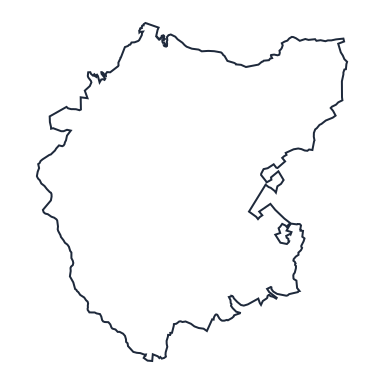 outline of Sanpaul, Cluj, Romania
{"feature_id": "2599482B48452266583717", "entity_name": "Sanpaul", "entity_type": "district", "adm_level": 2, "iso_a3": "ROU", "parent_name": "Romania", "parent_adm1": "Cluj", "projection": "mercator", "projection_center": [23.418, 46.899], "detail": "fine", "context": "isolated", "style": "outline", "palette": "slate", "viewbox_px": 384, "rotation_deg": 0, "n_neighbors": 0, "source": "geoboundaries", "source_scale": "gbopen_adm2", "svg_char_len": 5841}
<svg xmlns="http://www.w3.org/2000/svg" viewBox="0 0 384 384"><path d="M240.0,312.8L236.2,311.7L232.7,308.2L231.0,305.8L231.5,304.2L230.7,303.0L230.5,300.2L228.9,297.0L231.4,296.3L231.4,295.8L232.3,296.0L233.1,296.7L233.9,298.4L237.2,301.9L241.0,305.0L243.8,305.6L247.8,304.4L258.3,298.6L259.8,303.0L261.0,304.9L262.8,301.0L266.7,298.4L267.3,297.7L267.5,296.1L268.6,295.0L269.3,294.9L270.4,296.1L273.4,296.9L276.2,298.6L276.7,297.8L269.3,292.2L267.1,288.9L270.9,287.0L271.4,287.3L271.5,289.2L273.3,291.6L277.1,293.9L286.3,295.7L287.6,295.4L289.2,294.1L297.9,292.1L298.4,291.2L299.5,291.0L297.1,288.0L296.4,280.6L293.9,279.1L293.5,278.5L293.3,275.6L293.6,274.3L294.8,272.6L295.9,268.3L296.0,266.1L295.1,265.0L295.1,264.0L295.6,263.4L294.7,261.7L293.4,260.7L293.7,259.1L295.8,256.6L298.5,254.8L298.4,252.6L300.9,250.3L301.8,248.6L302.1,247.8L301.3,246.8L301.3,245.8L303.6,241.3L304.5,238.4L302.3,236.7L303.0,230.9L300.6,230.7L300.8,229.7L300.2,229.5L301.0,225.4L299.8,224.1L297.4,224.0L297.0,224.4L291.0,223.6L289.2,225.9L286.6,230.6L291.5,232.1L290.6,234.4L290.2,233.9L286.2,235.9L286.7,237.7L288.3,238.8L288.5,241.0L289.2,241.2L288.9,242.0L286.9,244.0L280.4,242.7L275.3,234.7L280.2,233.0L278.6,228.2L280.3,226.6L282.2,223.9L285.6,225.6L286.7,226.9L288.6,224.6L290.5,223.3L284.4,218.6L275.2,209.8L270.4,203.9L259.2,211.6L262.3,215.3L259.6,217.2L258.0,219.1L256.2,216.8L249.0,211.6L265.6,184.7L268.7,187.1L270.7,187.8L274.7,191.0L275.9,192.6L277.4,186.3L281.0,183.9L283.6,180.0L278.4,171.3L271.0,177.4L271.4,179.7L266.6,182.4L266.0,181.2L261.1,175.0L261.2,173.7L263.6,169.1L267.7,168.2L273.7,164.3L276.3,167.7L277.5,168.0L285.1,161.4L282.2,157.9L284.0,156.3L286.5,154.9L285.7,152.9L293.6,149.3L298.2,148.5L301.4,149.1L304.7,150.5L307.4,150.8L309.1,149.5L312.4,150.0L314.1,141.1L314.5,140.4L313.8,136.8L313.9,132.9L315.2,129.4L316.8,128.2L319.5,124.9L321.5,123.9L325.8,120.5L332.7,117.7L335.6,115.6L333.1,110.9L330.7,108.0L331.9,106.7L336.0,104.7L338.3,102.3L342.4,100.3L342.0,97.2L341.9,81.3L343.4,74.4L343.4,72.5L344.4,69.5L345.9,69.2L346.4,64.1L347.1,61.8L344.4,59.2L342.8,55.5L340.8,52.4L338.2,43.7L344.1,41.5L343.4,38.6L336.0,39.4L331.3,40.4L327.9,40.4L325.4,41.2L320.6,40.2L316.4,40.8L315.1,39.2L308.5,39.9L305.3,39.0L299.8,40.8L295.9,38.2L293.4,37.1L291.8,36.9L289.2,38.5L287.4,40.6L284.6,41.6L281.8,43.2L282.7,45.3L281.8,48.0L280.8,49.5L279.5,50.6L279.8,52.8L279.3,54.7L277.7,55.3L274.1,54.6L271.1,55.0L270.9,55.7L272.1,58.1L270.2,58.6L268.9,60.2L263.7,60.7L262.6,61.7L261.8,61.8L258.5,64.6L245.9,67.0L241.0,64.8L236.0,64.4L235.9,63.9L234.2,62.9L227.4,60.9L224.5,55.9L223.3,55.1L222.2,53.4L221.0,52.4L214.2,51.2L208.4,50.9L201.7,51.3L198.7,49.6L191.9,48.7L186.6,46.7L184.6,45.1L182.4,42.7L177.6,39.3L175.3,36.7L170.8,34.5L168.5,35.2L167.0,37.1L167.3,40.2L166.8,41.7L167.1,43.5L167.0,46.0L166.1,46.6L164.3,46.1L163.8,45.2L165.1,44.9L164.9,43.5L164.2,42.8L163.0,42.9L162.4,41.9L162.3,40.2L163.7,40.3L163.4,39.4L163.6,38.6L164.0,38.7L163.7,38.1L164.3,38.2L163.5,37.2L163.6,36.7L164.2,36.4L164.1,35.9L163.4,35.3L161.8,35.8L161.9,36.8L163.0,37.5L162.9,37.9L162.1,37.5L161.2,38.0L160.7,37.8L160.6,38.2L160.0,38.5L160.1,39.0L159.6,39.5L159.0,38.9L159.1,40.1L157.5,37.4L157.2,37.6L156.2,36.4L156.5,36.0L156.3,35.6L157.6,29.9L158.6,27.6L145.4,23.0L143.8,24.1L143.6,25.3L142.9,25.2L142.1,25.8L142.1,26.8L141.3,27.6L141.6,28.1L140.1,28.5L140.2,29.3L139.2,30.6L139.4,32.4L139.9,31.9L143.0,31.6L142.0,33.2L141.8,35.1L139.2,40.1L138.1,41.0L134.6,42.3L131.5,42.5L130.3,44.6L129.3,44.7L127.9,46.0L124.9,47.1L121.0,57.2L120.5,57.6L120.6,58.0L118.4,62.6L118.5,65.5L118.1,66.2L110.2,72.3L107.1,72.1L105.7,74.0L105.9,75.9L105.0,75.5L103.3,73.1L101.8,72.1L101.3,72.2L101.6,73.9L105.3,78.6L104.5,79.9L103.1,79.2L101.3,79.5L99.6,82.4L97.9,76.0L97.0,74.7L96.1,75.3L96.1,76.8L94.3,75.7L95.1,75.0L94.3,74.2L93.0,75.6L91.1,74.0L90.3,72.2L88.2,72.3L87.8,76.0L88.3,77.5L90.9,80.9L91.4,82.4L89.8,86.1L84.8,90.6L87.5,98.2L80.7,97.3L80.9,109.5L79.5,110.2L75.9,109.2L71.0,109.1L68.0,108.3L66.5,106.9L49.7,116.4L49.9,122.2L51.0,126.9L51.1,128.7L53.1,128.2L61.2,131.2L63.6,131.2L67.0,129.8L70.8,130.6L67.0,135.6L66.0,140.3L64.9,142.4L64.5,144.2L63.5,145.6L62.2,146.2L59.0,145.4L56.2,148.5L55.0,150.5L50.8,154.5L49.4,154.9L42.5,159.4L40.6,161.0L39.5,163.2L38.2,164.1L39.1,168.1L37.7,171.7L36.9,176.1L37.2,176.9L38.1,178.6L39.8,180.3L41.3,183.5L44.5,186.0L46.9,189.1L49.8,192.1L50.9,192.7L51.5,194.1L51.6,196.6L50.9,200.4L42.9,209.9L43.7,212.3L45.3,213.6L47.8,214.2L51.4,216.7L54.2,217.7L56.5,219.4L57.2,220.5L58.0,226.5L57.7,229.3L58.2,231.0L60.5,235.3L60.9,236.9L63.6,240.4L64.9,242.7L67.4,244.6L68.9,246.7L70.2,250.9L71.4,252.5L71.4,258.1L72.8,260.8L73.3,263.0L72.8,265.1L71.1,266.6L70.5,268.0L70.7,271.0L69.9,276.4L73.3,282.4L75.1,289.0L76.3,289.8L77.1,291.2L78.3,292.1L80.2,294.9L84.2,297.5L86.1,300.3L87.6,301.6L88.1,303.4L87.8,305.6L87.9,307.6L87.6,308.6L87.7,309.9L89.4,312.4L94.8,312.5L96.5,313.4L100.0,314.1L101.3,316.6L102.1,320.0L103.1,321.4L104.6,322.0L108.4,322.2L110.3,324.4L111.5,327.6L112.4,328.6L115.5,329.5L117.7,331.9L119.7,331.9L123.1,333.7L125.0,335.9L126.0,339.3L126.1,341.9L127.6,343.3L128.0,346.1L133.3,351.9L136.8,352.8L140.3,353.1L144.4,354.6L145.9,354.5L145.5,355.9L144.6,356.3L143.7,357.9L147.5,360.6L152.2,361.0L152.8,354.3L157.8,356.3L159.3,358.0L160.3,357.0L161.8,358.6L164.2,357.9L165.9,356.6L165.5,354.7L165.7,352.2L167.3,346.8L166.7,343.9L166.6,340.9L167.9,336.7L168.1,334.9L170.1,335.0L170.5,334.3L170.3,332.9L172.0,332.8L173.8,325.7L173.9,324.1L176.4,323.7L179.2,321.5L180.7,321.3L182.4,322.0L185.6,321.5L191.0,323.8L194.4,326.4L198.7,328.0L203.6,328.7L206.9,331.0L212.2,319.3L213.6,319.6L213.9,317.5L215.1,315.2L216.1,314.4L217.3,314.8L219.4,318.5L220.8,319.9L222.1,320.7L224.2,320.7L227.0,319.9L227.9,320.3L232.0,318.0L233.8,316.4L233.9,315.5L234.4,315.2L239.9,313.3L240.0,312.8Z" fill="none" stroke="#1e293b" stroke-width="2"/></svg>